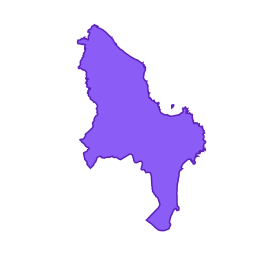 the district of Laem Ngop, Trat, Thailand, rotated 215°
{"feature_id": "78962969B48901516523989", "entity_name": "Laem Ngop", "entity_type": "district", "adm_level": 2, "iso_a3": "THA", "parent_name": "Thailand", "parent_adm1": "Trat", "projection": "natural_earth1", "projection_center": [102.364, 12.232], "detail": "fine", "context": "isolated", "style": "filled", "palette": "violet", "viewbox_px": 256, "rotation_deg": 215, "n_neighbors": 0, "source": "geoboundaries", "source_scale": "gbopen_adm2", "svg_char_len": 5877}
<svg xmlns="http://www.w3.org/2000/svg" viewBox="0 0 256 256"><g transform="rotate(215 128 128)"><path d="M60.1,63.0L53.6,63.0L48.4,62.1L44.7,62.0L42.9,62.5L40.1,64.2L38.7,65.7L36.7,68.9L37.6,73.2L38.6,74.0L39.7,74.1L41.1,76.8L42.5,80.9L42.5,82.2L43.4,85.7L43.3,87.9L42.8,89.3L42.6,89.0L42.1,89.4L40.6,88.4L39.7,89.3L39.4,90.2L40.8,92.2L41.9,92.4L42.6,92.2L44.8,94.6L49.5,101.3L50.4,101.9L52.0,105.1L53.2,106.5L55.3,110.2L55.6,110.3L55.7,111.1L56.9,114.0L57.7,114.9L58.0,116.3L60.6,121.1L61.1,123.0L60.9,123.6L60.4,124.0L60.5,124.6L60.2,126.0L60.8,125.8L61.9,126.3L62.5,129.9L61.1,136.2L59.5,138.1L58.7,138.4L58.5,138.1L58.4,138.4L57.2,137.9L57.4,137.4L57.1,137.1L56.3,137.5L56.1,136.9L54.4,136.6L54.0,136.0L53.6,136.1L52.9,136.8L52.9,137.7L53.3,138.7L55.3,139.3L55.2,140.0L56.0,141.8L55.8,142.7L56.2,142.7L56.4,143.2L56.3,144.1L55.4,144.3L54.6,145.1L55.2,145.0L56.1,144.4L57.2,145.5L57.1,146.6L56.0,146.9L54.6,148.3L54.6,148.9L55.4,149.0L55.6,149.3L56.0,149.1L55.9,150.9L55.3,151.0L55.1,150.2L54.8,150.3L54.5,151.2L53.7,151.4L53.5,152.2L53.1,152.3L54.1,153.0L53.9,153.8L52.7,154.0L53.1,154.2L54.0,154.1L53.8,155.2L54.4,154.8L54.9,155.2L55.7,156.5L55.6,156.8L56.0,157.0L56.7,159.0L56.3,159.5L56.2,160.5L56.7,161.4L58.3,161.7L58.8,161.2L59.6,161.4L60.1,162.4L60.3,163.8L61.5,165.2L62.9,165.6L63.2,166.6L62.4,167.7L63.0,168.2L64.0,168.7L64.1,169.3L64.8,169.1L65.2,169.7L66.2,169.9L66.3,170.3L66.9,170.3L67.5,171.5L67.9,171.1L68.4,171.7L68.6,171.1L70.7,170.6L71.2,170.2L71.5,170.5L71.4,171.2L72.0,172.3L72.6,171.4L73.2,171.1L73.7,171.2L74.3,171.8L75.0,171.1L76.0,170.7L76.0,170.0L76.3,169.7L76.7,169.9L76.8,169.5L78.4,170.8L78.7,171.6L79.3,171.7L81.2,173.3L82.8,175.5L82.9,175.8L83.6,175.9L84.3,175.1L86.1,175.7L86.1,175.2L86.6,175.0L87.1,174.3L88.3,174.1L88.9,173.7L89.5,174.5L88.4,175.7L88.4,176.2L88.9,175.6L89.8,176.0L89.7,176.6L90.3,177.3L90.3,177.9L91.1,177.0L91.6,177.0L92.4,178.0L93.0,178.1L93.2,177.8L93.0,177.2L93.1,176.8L94.5,175.6L94.4,175.2L92.7,173.9L92.3,172.8L92.3,171.9L93.4,169.8L93.4,168.5L99.4,162.2L101.4,161.6L101.7,161.8L102.9,161.2L103.2,161.4L104.1,160.6L106.4,159.6L109.5,159.4L110.7,159.7L111.5,160.2L112.3,160.9L112.4,161.5L113.1,161.3L114.5,163.2L115.1,162.7L115.8,163.1L115.8,163.4L116.4,163.6L117.1,164.4L116.5,165.5L117.1,166.3L117.7,166.3L118.3,164.9L120.3,164.5L121.8,165.0L122.4,165.7L122.6,165.6L122.4,165.3L122.7,164.7L123.9,164.3L124.9,164.5L125.9,165.1L126.2,164.8L126.8,164.9L127.2,165.5L127.8,164.9L128.4,165.1L130.5,167.8L130.2,168.6L130.4,169.0L131.0,168.1L131.6,168.6L135.2,172.6L135.8,173.4L135.6,173.7L136.7,174.6L137.4,174.6L139.4,176.4L139.4,177.0L139.9,176.6L140.7,176.9L141.3,176.7L142.8,177.1L144.3,178.2L146.1,181.9L146.3,181.9L147.1,185.5L147.4,186.2L148.3,186.9L148.3,187.4L148.7,187.9L149.3,187.3L150.1,188.1L150.4,187.6L150.9,188.7L151.2,188.9L151.5,188.5L152.6,189.0L153.1,189.9L153.3,189.3L153.7,189.4L154.5,189.0L158.9,189.1L161.5,188.4L167.0,187.9L173.7,187.9L177.0,188.3L179.5,188.1L184.7,189.0L185.3,189.8L185.9,190.1L186.1,190.1L186.1,189.7L186.6,190.0L186.7,189.8L187.2,190.0L187.3,189.8L191.2,191.9L193.1,192.4L193.3,192.9L193.8,192.5L201.2,193.7L204.6,193.9L208.3,193.5L209.1,193.0L211.4,192.8L211.7,192.9L211.1,193.4L210.9,194.0L211.4,193.9L211.6,193.5L212.3,193.8L212.6,193.7L212.6,193.3L213.1,193.6L214.0,193.0L214.6,193.4L215.8,190.5L215.3,187.9L216.4,186.1L216.6,184.9L215.7,183.6L214.8,184.3L214.1,184.1L213.2,181.9L213.0,180.0L211.5,178.4L211.1,177.5L211.9,177.0L213.1,177.3L213.4,176.7L213.9,177.0L214.4,176.4L215.0,176.7L215.6,177.5L216.2,176.1L216.1,175.2L216.9,174.6L217.4,174.6L217.4,173.4L217.8,172.5L219.3,171.3L218.9,170.0L217.9,168.7L216.9,168.6L215.0,169.8L213.5,170.1L212.5,171.4L211.4,171.1L210.7,171.6L210.0,169.8L209.0,168.2L208.7,168.9L208.1,168.8L207.7,166.9L207.1,165.8L207.2,163.5L206.5,163.1L206.2,162.3L206.4,161.6L205.3,160.9L205.9,159.4L205.3,158.7L205.3,155.3L204.7,154.9L204.5,153.9L203.4,153.0L203.2,151.4L203.6,149.4L203.2,148.8L202.4,148.5L201.4,149.5L200.0,149.9L199.0,149.6L197.6,149.9L197.2,150.4L196.6,150.6L193.9,149.8L192.6,147.5L192.1,147.2L191.1,145.8L190.9,145.0L191.2,144.5L190.2,144.0L189.7,144.3L189.3,145.3L188.6,145.2L189.2,144.3L189.4,143.6L188.2,142.9L188.7,141.9L187.8,141.2L188.3,141.1L188.4,140.6L187.4,140.9L186.8,140.0L186.2,140.1L185.7,139.1L185.7,138.4L184.9,138.1L184.0,138.6L182.5,137.5L182.0,139.0L181.5,138.9L181.2,137.3L181.9,137.2L182.1,135.5L181.3,135.1L181.2,134.7L181.6,134.0L181.0,133.3L180.1,133.6L179.0,131.8L176.3,131.4L176.1,130.7L175.3,130.2L172.0,130.1L171.1,129.5L170.0,130.0L168.4,129.9L166.7,129.3L165.6,128.4L165.1,127.5L165.0,125.6L163.4,125.1L162.4,122.9L160.7,121.9L160.6,121.2L161.3,119.2L161.2,117.8L160.9,115.9L160.1,115.2L159.8,114.1L160.1,113.5L159.8,113.0L159.9,111.7L157.9,109.8L157.2,108.2L158.2,102.7L159.3,98.6L159.1,97.9L158.2,97.3L158.2,93.8L158.8,92.6L160.0,91.8L160.6,90.9L160.0,90.6L158.8,90.6L157.6,89.9L155.3,90.0L152.1,88.8L150.6,88.8L149.3,89.3L148.2,89.0L148.0,88.5L148.6,87.2L148.3,86.2L148.4,85.1L149.9,82.5L150.0,81.9L145.2,77.4L141.9,76.6L141.0,75.1L140.4,74.6L135.7,73.5L134.9,78.1L135.5,79.5L135.1,81.7L136.3,86.0L136.0,87.1L135.0,88.5L133.7,89.3L132.9,88.6L132.4,89.1L132.1,88.9L130.2,89.7L129.2,91.3L127.9,92.2L127.7,93.0L126.3,93.3L124.8,96.0L123.1,95.6L120.5,97.4L117.3,97.4L115.9,97.9L112.4,105.9L111.7,107.4L110.9,108.2L109.8,108.4L108.4,108.1L103.6,104.0L102.2,103.8L101.0,104.5L99.2,107.7L98.2,108.2L96.9,108.1L96.4,107.8L95.5,106.5L93.8,102.1L93.0,101.6L92.4,101.8L91.2,102.9L90.6,103.1L87.7,101.7L85.5,103.8L84.1,104.0L83.5,103.8L81.3,102.0L75.1,94.2L73.8,93.2L73.4,92.0L72.2,91.4L71.4,90.1L69.7,89.7L68.6,88.9L67.1,88.7L65.7,87.9L64.0,88.1L62.3,87.1L57.9,83.6L57.3,80.6L60.1,63.0ZM103.9,173.1L104.7,172.6L105.2,171.7L103.6,169.6L103.2,171.1L103.9,171.7L103.4,172.6L103.9,173.1ZM52.8,154.9L52.7,154.4L52.4,154.2L52.3,154.7L52.8,154.9Z" fill="#8b5cf6" stroke="#5b21b6" stroke-width="1.5"/></g></svg>